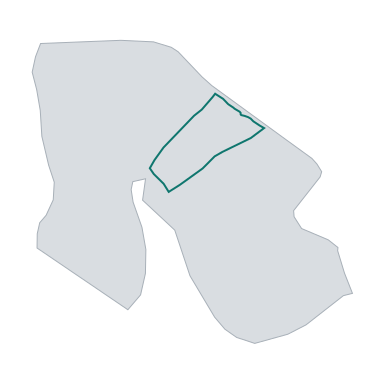 Balha, Tadjourah, Djibouti (highlighted), rotated 92°
{"feature_id": "41766387B97155389424645", "entity_name": "Balha", "entity_type": "district", "adm_level": 2, "iso_a3": "DJI", "parent_name": "Djibouti", "parent_adm1": "Tadjourah", "projection": "orthographic", "projection_center": [42.238, 11.898], "detail": "fine", "context": "in_parent", "style": "outline", "palette": "teal", "viewbox_px": 384, "rotation_deg": 92, "n_neighbors": 0, "source": "geoboundaries", "source_scale": "gbopen_adm2", "svg_char_len": 1264}
<svg xmlns="http://www.w3.org/2000/svg" viewBox="0 0 384 384"><g transform="rotate(92 192 192)"><path d="M311.9,252.0L296.2,276.9L276.2,308.7L253.4,344.9L239.1,345.2L228.0,343.1L220.4,337.0L204.7,330.4L187.0,330.0L170.2,336.2L141.6,344.0L115.8,346.5L95.1,350.8L77.8,355.9L62.3,353.1L48.9,348.5L46.0,310.1L42.9,268.4L43.3,235.7L48.1,217.8L52.3,210.8L76.6,186.0L85.0,175.9L112.8,134.8L136.6,99.6L154.3,73.3L159.7,68.1L167.2,63.1L172.5,64.5L207.1,89.8L213.2,89.1L224.7,81.2L235.1,54.1L242.4,44.2L245.6,44.4L267.7,36.8L287.7,28.1L290.3,37.1L320.8,73.4L330.8,91.3L341.1,124.0L335.8,142.3L328.0,154.3L316.3,165.0L275.8,191.1L230.7,207.9L201.9,241.1L180.4,238.9L183.7,251.5L191.7,252.9L204.2,250.5L229.0,240.8L251.1,236.1L275.0,235.7L296.6,239.8L311.9,252.0Z" fill="#d9dde1" stroke="#a8b0b8" stroke-width="1"/><path d="M125.6,122.2L123.1,126.9L119.2,133.2L116.6,135.9L115.2,138.6L114.6,140.5L114.1,142.1L113.4,145.5L112.7,146.1L111.2,146.2L110.1,147.2L107.2,152.5L106.3,153.5L103.1,158.7L102.6,159.3L97.8,164.2L93.2,172.0L93.0,172.3L96.5,174.8L109.3,185.1L115.7,192.6L148.5,222.0L161.4,230.6L169.7,235.0L175.4,230.8L184.8,220.6L192.7,215.3L185.2,204.3L168.1,182.2L155.6,170.6L150.8,162.9L136.0,135.1L125.6,122.2Z" fill="none" stroke="#0f766e" stroke-width="2"/></g></svg>